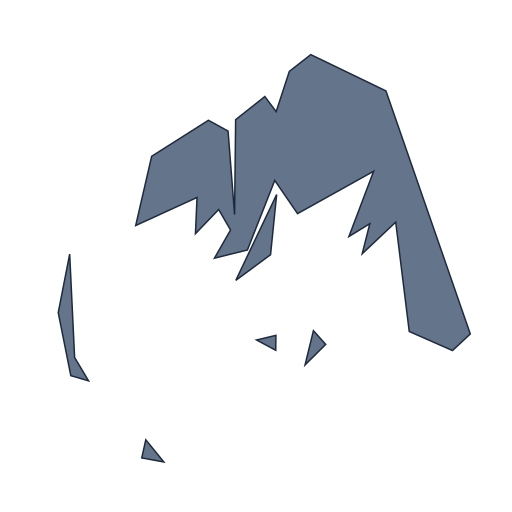 SVG path tracing the border of Greece, rotated 83°
{"feature_id": "GRC", "entity_name": "Greece", "entity_type": "country or territory", "adm_level": 0, "iso_a3": "GRC", "parent_name": "Europe", "parent_adm1": "", "projection": "mercator", "projection_center": [23.941, 38.339], "detail": "coarse", "context": "isolated", "style": "filled", "palette": "slate", "viewbox_px": 512, "rotation_deg": 83, "n_neighbors": 0, "source": "natural_earth", "source_scale": "50m", "svg_char_len": 769}
<svg xmlns="http://www.w3.org/2000/svg" viewBox="0 0 512 512"><g transform="rotate(83 256 256)"><path d="M359.5,52.8L373.8,72.5L349.6,113.1L239.4,113.2L266.7,150.3L237.8,139.1L248.0,161.4L186.2,128.9L219.0,209.6L183.3,228.2L249.0,263.8L253.1,297.5L227.1,278.1L205.3,287.4L226.5,313.4L190.7,307.4L211.1,371.7L144.3,347.4L115.5,286.7L128.6,268.5L212.2,272.2L118.2,259.6L98.8,227.8L115.2,218.4L76.8,200.4L62.8,177.1L108.0,106.9L359.5,52.8ZM231.4,440.7L334.6,448.4L359.5,437.4L352.2,454.4L288.1,459.2L231.4,440.7ZM197.5,228.0L256.5,241.4L277.7,279.0L197.5,228.0ZM352.2,197.6L370.1,220.6L337.1,208.1L352.2,197.6ZM442.5,394.0L425.0,387.8L449.2,372.6L442.5,394.0ZM352.0,247.9L339.4,265.7L337.2,245.9L352.0,247.9Z" fill="#64748b" stroke="#1e293b" stroke-width="1.5"/></g></svg>